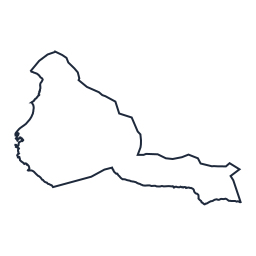 outline of Do'rvoljin, Dzavhan, Mongolia
{"feature_id": "93677404B7521455207939", "entity_name": "Do'rvoljin", "entity_type": "district", "adm_level": 2, "iso_a3": "MNG", "parent_name": "Mongolia", "parent_adm1": "Dzavhan", "projection": "albers", "projection_center": [94.118, 48.049], "detail": "fine", "context": "isolated", "style": "outline", "palette": "slate", "viewbox_px": 256, "rotation_deg": 0, "n_neighbors": 0, "source": "geoboundaries", "source_scale": "gbopen_adm2", "svg_char_len": 5478}
<svg xmlns="http://www.w3.org/2000/svg" viewBox="0 0 256 256"><path d="M239.5,169.3L229.6,163.2L225.9,166.4L217.3,166.3L215.6,166.2L213.7,166.1L211.9,166.3L211.2,166.1L200.6,163.5L197.9,158.3L188.5,154.6L181.9,157.2L172.7,159.0L165.9,158.3L157.7,154.3L146.1,153.9L143.5,154.9L137.7,154.9L140.5,147.4L140.9,144.5L141.0,140.4L140.4,134.4L137.7,131.5L131.7,117.5L119.2,113.5L115.4,101.6L105.4,96.2L102.3,95.1L98.9,92.2L86.9,86.9L78.6,80.1L79.3,78.4L77.8,72.4L74.4,68.4L68.3,62.5L66.5,57.9L62.2,55.0L55.4,51.7L55.4,51.8L47.6,54.5L39.2,60.8L30.4,71.4L30.6,71.3L31.2,71.5L32.0,71.9L33.0,72.1L33.6,72.5L35.2,73.0L36.1,73.4L36.6,73.5L37.1,73.8L37.3,74.0L38.1,74.5L38.4,74.9L39.3,75.5L39.5,76.1L40.1,76.7L40.4,77.3L42.0,78.3L42.2,78.6L42.6,79.3L42.7,79.6L42.6,79.9L41.6,81.8L40.7,82.9L40.4,83.5L40.3,84.0L40.2,84.3L40.2,84.7L40.1,85.2L40.1,85.4L40.4,86.1L40.2,86.8L40.4,87.6L40.4,88.2L40.3,88.6L40.0,89.4L39.9,90.1L39.8,90.3L40.0,90.8L39.3,91.5L39.4,91.9L39.5,92.2L39.4,92.4L39.3,92.5L39.2,92.9L39.0,93.1L38.8,93.7L38.7,93.9L38.7,94.6L39.2,95.0L38.9,95.4L38.5,95.5L38.3,95.7L37.8,96.2L37.6,96.7L36.8,97.4L36.7,97.8L36.3,98.3L36.0,98.5L35.6,98.6L35.3,98.8L34.8,99.4L34.7,99.8L34.2,100.1L34.0,100.7L33.6,101.1L32.8,101.5L32.5,101.8L32.0,102.0L31.6,102.3L31.9,102.3L31.9,102.6L31.9,102.9L32.3,103.3L32.8,104.4L33.3,105.1L33.7,107.2L33.7,107.7L33.7,108.2L33.4,110.1L33.3,111.5L32.9,112.9L32.9,113.6L32.4,114.5L31.6,116.4L31.3,117.0L29.8,119.4L25.9,123.9L24.7,124.8L24.3,125.1L20.5,127.8L19.0,129.1L16.4,132.2L15.8,133.0L15.4,133.9L15.4,134.4L15.4,134.7L15.5,135.2L16.1,134.9L16.0,134.7L16.0,134.2L16.1,133.9L16.5,133.8L16.8,132.9L17.0,132.8L18.4,133.3L18.6,133.5L18.3,134.8L17.9,135.5L16.7,136.6L16.7,136.9L16.9,137.3L16.9,137.8L15.9,138.3L15.8,138.5L16.2,138.9L17.0,139.6L17.1,139.8L17.3,140.6L17.5,140.7L17.7,140.1L17.8,139.8L18.1,139.3L18.1,139.1L18.6,138.5L18.8,138.4L19.0,138.5L19.3,138.5L19.4,137.8L19.5,137.6L19.8,137.5L19.9,137.9L20.0,137.9L20.6,137.7L20.7,137.9L20.8,137.9L20.9,138.2L21.0,138.3L21.4,138.2L21.6,138.3L21.5,138.8L21.6,139.0L21.8,138.7L22.0,138.6L22.2,138.9L22.4,139.0L22.8,139.6L23.2,140.0L23.2,140.3L23.0,140.5L22.6,140.6L22.3,141.1L22.1,141.1L21.8,140.9L21.6,141.0L21.2,141.2L20.8,141.3L19.6,142.0L19.1,142.5L18.9,142.6L18.7,143.2L18.7,143.7L18.5,145.3L18.1,145.5L18.1,145.9L18.0,146.0L17.9,146.0L17.8,145.8L17.2,145.7L16.2,144.9L15.6,144.9L15.4,144.9L15.4,145.0L15.4,145.4L15.5,145.6L16.5,146.5L16.2,146.8L16.1,147.0L16.7,147.2L17.7,147.6L18.0,147.8L18.8,148.2L19.0,148.5L18.9,148.7L18.6,148.7L18.2,148.6L18.1,149.8L18.0,150.3L18.1,151.5L18.3,152.0L18.5,152.1L18.5,152.3L18.4,152.6L18.4,152.8L18.3,153.2L18.3,153.4L18.7,153.4L18.9,153.6L18.5,153.9L18.2,153.9L17.8,154.3L17.3,155.0L17.2,155.6L17.6,156.0L17.8,156.5L17.9,157.2L17.9,157.3L18.0,157.3L18.3,157.0L18.8,156.8L19.2,156.9L19.4,157.0L19.5,157.7L19.4,158.1L19.8,158.4L19.8,159.0L19.9,159.4L20.0,160.2L20.1,160.3L20.6,160.7L21.2,161.4L21.6,161.6L21.9,161.9L22.5,162.2L23.1,162.7L24.3,164.0L24.6,163.9L25.0,163.4L25.7,163.4L26.3,163.6L26.8,164.7L27.0,164.8L27.2,164.4L27.3,164.4L27.4,164.6L27.7,164.8L28.1,165.3L28.6,165.8L29.1,167.1L29.2,167.6L29.3,167.9L29.4,168.6L29.3,168.8L28.9,169.2L29.1,169.3L29.0,169.5L28.8,169.7L28.4,169.7L27.9,170.3L28.1,170.5L28.7,170.4L29.0,170.6L29.5,170.4L31.7,170.5L32.6,170.9L33.5,171.4L34.3,172.1L35.9,173.8L37.4,175.2L38.0,175.8L39.1,176.3L40.5,177.5L41.3,178.5L42.0,179.6L42.9,179.9L43.2,180.2L43.5,180.7L44.8,181.9L46.5,182.6L46.8,182.6L47.1,182.9L47.5,183.4L48.1,183.9L49.4,184.2L50.1,184.7L50.7,184.9L51.1,185.2L51.5,185.2L51.8,185.4L52.2,185.9L53.0,187.1L91.3,176.7L104.4,169.6L112.1,167.6L112.2,167.9L112.3,168.7L112.8,169.1L112.9,169.7L113.5,170.2L113.6,170.9L114.2,171.9L116.2,173.7L116.8,173.6L116.9,173.8L117.4,173.8L118.5,175.5L119.4,176.2L119.9,176.9L120.9,178.0L122.5,179.2L122.8,179.3L123.6,179.2L125.2,179.4L127.0,180.1L127.9,180.3L128.9,180.5L129.7,180.6L130.8,181.2L131.8,181.3L132.5,181.5L133.2,181.5L135.9,182.2L136.4,182.5L136.7,182.8L137.6,183.1L138.3,183.6L138.8,183.6L140.3,184.1L140.8,184.5L141.2,184.6L141.6,184.8L142.2,185.0L143.0,185.4L145.1,185.6L147.9,185.4L149.6,185.4L150.3,185.6L151.5,186.0L154.0,185.8L155.2,185.8L156.7,186.4L159.9,186.5L161.9,186.0L163.8,186.4L168.8,186.1L171.9,186.4L172.4,186.2L172.9,186.3L173.1,186.4L173.3,186.5L173.3,186.8L173.6,187.3L173.9,187.6L174.4,187.4L174.7,187.2L174.8,186.9L175.2,186.8L176.3,186.7L177.1,187.1L179.1,187.3L180.0,187.1L180.4,186.7L180.7,186.7L181.4,187.1L181.6,187.2L182.1,187.0L182.4,187.3L183.0,187.5L183.3,187.5L184.0,187.0L185.6,187.2L185.6,187.3L185.7,187.7L186.0,188.0L186.6,187.9L187.9,187.6L188.8,187.5L190.1,188.0L191.0,187.9L191.2,188.0L192.7,188.7L193.5,189.4L193.7,189.7L193.8,190.1L194.2,191.5L194.5,192.1L195.3,193.0L196.2,193.6L197.0,193.7L198.2,194.7L198.4,195.1L198.5,195.7L198.6,197.3L198.5,198.3L198.5,198.6L200.0,200.2L200.7,200.7L201.1,201.0L201.6,202.4L201.8,202.5L202.2,202.5L202.4,202.6L203.6,203.8L204.4,204.3L204.8,204.3L205.0,204.2L205.4,203.7L206.2,203.7L206.7,203.4L207.2,203.3L208.4,202.5L210.5,201.4L211.0,201.2L211.6,201.2L212.9,200.8L213.8,200.2L214.5,199.8L215.2,199.6L216.6,199.3L217.3,199.5L218.1,199.8L218.8,199.8L219.3,199.7L220.7,199.0L221.1,198.9L223.7,199.1L225.6,198.7L226.9,199.3L228.4,200.5L228.9,200.8L230.5,200.8L230.9,201.0L232.1,201.0L235.2,201.0L236.6,201.6L236.8,201.6L237.4,201.3L238.6,201.4L238.9,201.6L239.6,202.1L240.3,202.2L240.6,202.1L233.3,180.3L230.6,176.0L237.0,171.2L239.5,169.3Z" fill="none" stroke="#1e293b" stroke-width="2"/></svg>